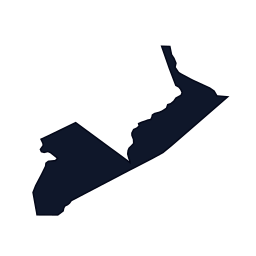 Calumbi, Pernambuco, Brazil, rotated 262°
{"feature_id": "56859067B78601657287504", "entity_name": "Calumbi", "entity_type": "district", "adm_level": 2, "iso_a3": "BRA", "parent_name": "Brazil", "parent_adm1": "Pernambuco", "projection": "equal_earth", "projection_center": [-38.061, -8.019], "detail": "fine", "context": "isolated", "style": "filled", "palette": "ink", "viewbox_px": 256, "rotation_deg": 262, "n_neighbors": 0, "source": "geoboundaries", "source_scale": "gbopen_adm2", "svg_char_len": 1188}
<svg xmlns="http://www.w3.org/2000/svg" viewBox="0 0 256 256"><g transform="rotate(262 128 128)"><path d="M204.3,172.7L181.6,177.2L163.6,181.3L161.5,184.1L159.0,185.6L155.5,186.6L153.0,185.1L151.0,179.7L148.1,177.0L146.1,173.7L145.6,170.6L142.2,168.9L140.0,164.2L139.2,161.2L138.6,156.3L137.5,154.0L135.3,153.2L133.2,151.7L133.1,148.7L132.5,146.2L131.8,142.3L130.9,139.1L128.4,139.4L126.6,136.6L125.7,133.4L122.5,131.2L120.2,130.9L116.0,131.9L111.9,131.5L109.7,128.8L107.9,126.3L105.7,125.0L102.3,124.1L99.6,124.4L97.5,124.7L95.5,125.2L93.4,125.2L105.2,113.2L108.1,110.2L110.1,108.1L140.6,76.9L131.0,47.0L129.0,40.3L125.0,41.6L122.6,41.7L119.0,38.3L116.6,39.0L115.5,41.6L115.9,45.4L114.5,47.8L107.9,54.1L105.8,51.6L106.1,44.5L104.6,41.9L101.6,41.1L94.2,36.1L83.8,28.6L77.4,25.0L61.5,25.6L57.0,25.8L54.7,25.8L51.7,46.4L54.9,52.2L57.9,53.3L59.7,54.8L60.5,57.5L61.8,59.6L64.0,61.7L68.8,75.1L86.1,123.6L87.6,128.0L94.4,147.4L98.8,159.1L104.4,168.3L121.6,194.9L145.0,231.0L147.4,220.5L152.6,218.4L156.2,214.5L166.2,198.9L168.3,195.9L173.8,188.4L175.9,185.8L181.6,183.0L185.5,184.5L190.6,183.2L194.6,181.3L202.9,180.8L204.3,172.7Z" fill="#0f172a" stroke="#020617" stroke-width="1.5"/></g></svg>